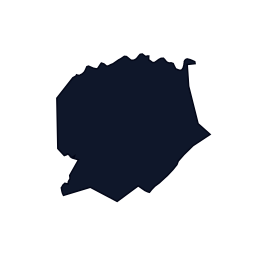 San Juan Yatzona, Oaxaca, Mexico, rotated 115°
{"feature_id": "50627088B31715141251473", "entity_name": "San Juan Yatzona", "entity_type": "district", "adm_level": 2, "iso_a3": "MEX", "parent_name": "Mexico", "parent_adm1": "Oaxaca", "projection": "natural_earth1", "projection_center": [-96.189, 17.411], "detail": "fine", "context": "isolated", "style": "filled", "palette": "ink", "viewbox_px": 256, "rotation_deg": 115, "n_neighbors": 0, "source": "geoboundaries", "source_scale": "gbopen_adm2", "svg_char_len": 1611}
<svg xmlns="http://www.w3.org/2000/svg" viewBox="0 0 256 256"><g transform="rotate(115 128 128)"><path d="M177.2,81.4L173.8,80.6L169.4,79.1L164.4,76.4L158.5,74.0L154.5,72.3L146.6,69.7L140.5,68.2L136.8,68.5L128.5,66.1L116.5,61.6L99.1,50.9L94.5,66.3L64.5,90.7L45.4,101.2L41.3,94.4L39.7,95.5L39.7,98.1L39.8,100.5L40.4,103.6L41.6,104.7L42.6,105.0L43.8,105.1L45.2,104.5L46.3,104.3L47.1,103.9L47.9,103.8L50.3,103.4L52.7,103.8L53.8,105.2L54.1,107.3L54.2,109.8L52.0,112.6L50.5,114.3L50.7,116.4L51.8,118.4L51.8,121.0L50.5,123.6L49.8,125.4L50.9,127.5L53.0,129.1L55.4,130.4L57.4,131.6L58.3,133.4L57.8,135.7L57.4,138.1L55.5,139.0L54.0,139.6L54.4,140.6L55.7,142.2L55.4,144.2L54.9,146.3L56.1,148.1L58.4,148.8L60.3,149.2L62.0,149.8L64.0,151.2L64.1,151.4L64.2,151.7L65.2,153.3L65.1,154.9L64.5,157.1L63.9,159.6L64.6,161.6L68.3,163.8L70.1,165.2L72.5,166.6L76.1,168.7L77.9,170.4L80.0,172.0L81.0,173.5L80.1,176.9L80.4,179.6L81.9,179.9L84.7,180.3L86.8,180.6L87.7,181.5L88.5,184.8L88.6,189.9L89.8,191.2L93.3,191.1L95.5,191.2L98.2,192.2L99.7,193.4L100.6,193.9L101.0,194.7L101.4,195.7L101.5,197.1L103.0,197.2L105.7,199.2L131.0,205.1L176.3,182.9L179.9,174.1L178.0,172.2L177.0,172.2L176.8,171.6L177.2,170.9L177.4,169.2L178.3,168.3L178.5,167.6L178.4,166.7L177.6,166.1L176.9,165.3L176.4,164.9L175.8,164.6L177.5,164.2L178.6,165.0L177.7,159.4L195.6,160.8L198.3,159.1L201.6,159.4L204.1,158.7L204.8,161.9L207.4,162.9L209.0,162.9L210.2,163.2L210.6,163.0L213.3,161.1L214.8,159.8L216.3,158.0L197.6,137.1L199.1,106.8L176.1,94.3L177.5,86.3L177.5,84.4L177.5,83.6L177.4,82.5L177.2,81.4Z" fill="#0f172a" stroke="#020617" stroke-width="1.5"/></g></svg>